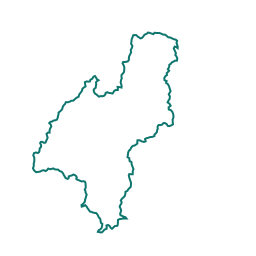 the district of Santos Dumont, Minas Gerais, Brazil, rotated 315°
{"feature_id": "56859067B27012816015261", "entity_name": "Santos Dumont", "entity_type": "district", "adm_level": 2, "iso_a3": "BRA", "parent_name": "Brazil", "parent_adm1": "Minas Gerais", "projection": "albers", "projection_center": [-43.53, -21.482], "detail": "fine", "context": "isolated", "style": "outline", "palette": "teal", "viewbox_px": 256, "rotation_deg": 315, "n_neighbors": 0, "source": "geoboundaries", "source_scale": "gbopen_adm2", "svg_char_len": 4495}
<svg xmlns="http://www.w3.org/2000/svg" viewBox="0 0 256 256"><g transform="rotate(315 128 128)"><path d="M33.3,180.1L34.5,182.0L35.6,183.3L37.2,183.4L39.5,183.2L41.6,184.1L42.8,183.1L43.8,181.7L45.4,182.5L45.7,184.6L45.2,186.2L45.4,187.9L47.1,188.0L49.2,188.0L51.4,189.6L52.8,188.8L54.4,187.3L55.9,185.9L57.5,186.4L59.0,187.5L60.4,188.4L61.5,189.5L62.9,190.9L63.1,189.2L62.1,187.5L61.7,185.9L61.0,184.4L61.7,183.1L63.4,182.3L64.9,181.4L65.7,179.9L66.4,177.8L67.9,177.1L69.7,176.8L71.1,175.9L71.6,174.2L73.1,173.8L75.3,173.8L77.3,173.9L79.3,172.9L81.1,171.3L83.1,172.0L84.6,171.6L86.1,171.5L88.1,171.6L89.8,170.4L91.5,168.7L92.5,166.5L93.7,164.2L95.0,162.1L96.3,161.5L97.4,162.8L98.6,164.0L99.6,163.1L100.8,161.9L102.8,160.9L104.0,158.2L104.8,156.4L105.7,155.4L106.4,154.2L105.7,152.7L106.5,151.5L107.6,150.2L107.0,148.3L108.7,147.1L111.0,145.3L112.8,144.7L114.4,144.9L116.1,144.2L117.5,144.0L118.9,144.1L120.1,145.0L121.9,145.4L123.6,145.6L124.7,144.4L126.0,143.4L127.6,144.9L128.3,147.3L129.5,149.2L131.1,149.9L132.3,147.8L133.7,148.2L135.0,149.0L136.9,149.9L139.0,151.5L140.9,152.4L142.2,151.3L143.6,151.5L145.5,151.3L147.1,150.1L148.4,149.7L149.4,148.4L150.6,147.6L151.9,147.6L153.0,148.9L154.7,149.8L156.5,149.5L157.7,150.8L158.1,152.8L157.6,154.6L158.4,155.8L160.3,156.7L162.4,157.2L163.8,155.5L165.5,153.6L167.6,152.7L168.8,151.4L169.9,150.0L170.8,147.8L170.9,145.4L169.9,143.8L171.3,142.1L173.9,142.4L174.5,140.1L174.1,137.9L176.1,137.2L178.1,136.8L180.1,135.1L180.6,133.0L182.5,132.5L184.1,132.1L184.8,130.9L185.7,129.0L186.5,127.5L187.2,125.3L186.8,123.0L188.5,122.1L187.6,120.1L188.9,118.4L190.9,117.8L193.0,118.1L194.1,116.6L195.9,116.6L197.6,116.6L197.7,114.6L199.1,114.3L200.5,113.8L201.9,112.5L203.8,112.9L205.4,112.6L207.0,113.2L208.8,113.6L210.2,115.0L212.1,113.6L212.9,111.6L213.1,109.8L214.8,109.0L215.4,107.4L216.0,105.7L216.7,104.0L218.7,103.5L219.4,105.1L219.6,106.6L220.7,105.6L221.6,103.8L222.6,102.0L224.4,101.1L224.2,99.2L223.3,97.8L222.6,96.0L221.8,93.7L220.6,92.4L220.5,90.2L220.1,88.0L218.8,86.7L218.3,85.0L217.3,82.9L215.4,81.1L214.1,79.4L212.4,79.6L211.4,77.8L210.5,75.9L209.7,74.7L207.9,74.6L206.2,73.9L204.9,73.8L203.5,74.1L201.6,74.2L200.2,73.5L199.9,71.9L199.5,70.4L199.5,68.1L197.4,66.1L195.6,66.9L193.3,67.9L191.3,69.5L189.7,70.7L189.2,73.0L187.6,74.0L185.1,74.8L183.7,76.7L181.7,77.4L179.5,78.1L177.9,79.3L176.6,80.6L174.8,80.7L172.6,79.3L171.3,77.9L169.9,78.4L169.3,80.4L168.4,82.4L167.0,83.7L165.9,84.7L164.7,85.6L163.1,85.8L161.1,85.9L159.6,87.1L158.7,88.5L157.0,89.2L155.0,90.6L154.1,92.3L153.3,93.7L152.0,94.8L151.1,93.3L149.7,91.6L148.7,93.0L147.6,93.9L146.3,92.5L144.6,92.0L143.1,92.4L141.5,92.7L140.0,90.6L139.1,89.3L138.6,88.0L136.9,87.4L135.7,88.3L133.9,88.3L132.4,87.5L131.2,86.1L129.6,85.3L129.5,83.9L129.4,82.0L129.0,80.3L129.6,78.1L130.9,76.6L132.3,76.5L133.7,76.7L134.9,75.6L136.5,74.6L137.6,73.1L138.9,72.9L140.9,73.3L140.5,71.5L141.0,69.9L141.4,67.9L139.9,67.3L137.6,67.9L135.5,67.3L134.1,68.1L132.8,67.3L131.7,65.8L129.9,65.1L128.6,66.8L127.4,68.6L125.2,68.1L123.2,68.1L122.2,69.0L120.0,69.5L118.1,69.6L116.4,70.2L115.1,71.0L113.1,70.2L110.7,70.0L108.7,70.0L107.3,68.7L105.4,68.2L103.6,67.2L102.3,65.8L100.4,66.5L98.3,66.5L96.7,67.0L94.9,68.1L92.5,68.3L89.8,68.0L88.6,69.2L87.2,69.9L85.4,71.1L83.7,71.8L82.0,71.1L80.5,70.0L79.1,69.8L77.4,68.8L75.8,68.8L75.8,70.9L74.9,72.7L72.9,73.2L71.0,74.1L69.3,75.8L68.3,74.7L66.3,74.5L65.1,76.4L64.4,78.0L63.1,78.5L61.1,79.3L59.3,80.0L58.1,79.1L57.6,77.2L56.6,76.2L55.2,76.5L54.4,78.7L53.1,79.9L51.1,80.0L49.2,81.6L47.9,82.2L46.5,81.9L45.7,80.3L43.8,79.3L41.7,80.3L40.9,82.5L39.4,84.2L37.7,85.6L35.9,86.7L34.9,87.9L33.7,88.7L32.4,89.2L31.8,90.7L31.6,92.5L31.8,94.3L33.3,95.4L34.9,96.6L37.1,97.3L38.5,98.2L39.3,100.2L40.8,100.5L42.9,100.3L43.9,102.2L45.3,103.0L46.6,103.8L47.0,105.5L47.9,106.6L49.2,108.1L49.2,110.0L50.2,112.1L50.0,114.1L49.4,115.7L49.0,117.4L48.5,119.3L49.3,121.3L50.7,121.4L51.9,120.3L53.5,121.1L55.1,122.0L56.4,122.2L57.1,123.6L57.3,125.4L56.8,126.8L55.5,127.3L55.6,128.7L56.3,130.1L56.8,131.5L57.4,133.0L58.8,134.0L59.6,135.6L59.0,136.9L57.6,138.5L55.8,140.4L53.8,141.0L53.4,142.4L52.4,143.6L51.7,145.8L49.9,146.8L48.7,147.5L47.2,148.2L45.3,149.6L42.7,149.9L40.6,149.6L39.7,150.9L41.6,151.9L43.2,152.3L43.2,154.3L42.7,156.0L42.4,158.1L42.0,160.2L43.0,161.7L43.4,163.0L44.2,164.2L45.4,165.8L45.2,167.7L44.7,169.1L44.1,170.8L44.2,172.4L43.2,174.0L41.8,175.8L42.1,177.6L40.6,178.8L38.6,180.0L36.7,180.1L35.0,179.5L33.3,180.1Z" fill="none" stroke="#0f766e" stroke-width="2"/></g></svg>